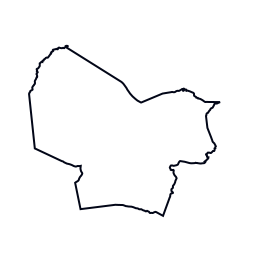 Silca, Olancho, Honduras, rotated 78°
{"feature_id": "27666195B60662999354453", "entity_name": "Silca", "entity_type": "district", "adm_level": 2, "iso_a3": "HND", "parent_name": "Honduras", "parent_adm1": "Olancho", "projection": "robinson", "projection_center": [-86.53, 14.775], "detail": "fine", "context": "isolated", "style": "outline", "palette": "ink", "viewbox_px": 256, "rotation_deg": 78, "n_neighbors": 0, "source": "geoboundaries", "source_scale": "gbopen_adm2", "svg_char_len": 5477}
<svg xmlns="http://www.w3.org/2000/svg" viewBox="0 0 256 256"><g transform="rotate(78 128 128)"><path d="M221.2,112.0L204.7,101.7L204.0,101.1L202.2,100.5L201.7,100.3L201.4,99.9L201.0,99.3L201.0,98.8L201.0,97.8L200.9,97.6L200.6,97.5L200.0,97.7L198.6,98.6L197.9,98.5L197.1,98.3L196.8,98.1L196.5,97.5L195.8,96.5L195.1,96.3L194.3,96.2L193.9,96.0L193.6,95.7L192.9,94.7L192.4,94.3L190.9,93.2L189.5,92.6L188.6,91.9L188.1,91.5L187.2,90.9L185.8,91.2L184.2,92.1L183.5,92.4L182.2,92.7L181.5,92.8L180.7,92.7L180.3,92.6L179.2,92.1L178.7,92.2L178.4,92.4L178.3,93.5L178.1,94.5L177.9,94.8L177.6,94.7L177.2,94.8L176.7,95.1L176.2,95.2L175.6,95.3L175.3,95.3L174.6,94.8L173.7,94.0L173.6,93.6L173.7,93.2L173.8,92.6L174.4,91.4L174.5,90.9L174.5,88.5L174.3,87.4L174.2,87.0L174.0,86.7L172.6,85.7L171.8,85.0L171.3,84.3L171.2,84.0L171.2,83.8L172.8,79.6L173.3,78.6L174.9,75.5L175.3,74.6L175.6,73.6L175.8,72.7L176.1,70.8L176.2,70.0L176.1,69.0L176.4,68.7L176.5,68.1L176.6,67.6L177.0,66.9L177.2,66.1L177.5,65.5L177.7,64.8L177.9,64.1L178.0,62.3L178.2,61.2L178.2,60.9L178.1,60.5L177.7,59.8L177.0,59.1L176.8,59.1L176.8,59.8L176.7,59.9L176.2,58.9L175.1,56.8L174.8,56.4L174.6,56.2L174.4,56.2L174.2,56.3L174.1,56.2L173.9,55.9L173.9,55.6L173.6,55.5L173.6,55.8L172.8,56.1L172.8,56.5L172.5,56.7L172.3,56.7L172.0,56.6L171.6,56.5L171.2,56.7L170.3,57.2L170.1,57.1L169.9,57.0L169.8,56.9L170.0,56.5L169.9,56.2L169.7,56.0L168.8,55.3L168.7,55.1L168.7,54.9L168.7,54.7L168.9,54.3L169.0,53.6L169.3,53.0L169.6,52.5L169.7,52.1L169.4,51.6L169.2,51.1L168.2,49.7L168.3,49.1L168.4,48.6L168.3,48.4L168.1,48.2L167.8,48.0L167.2,47.8L166.5,47.6L166.1,47.6L166.0,46.8L165.0,46.7L164.7,46.5L164.2,45.9L163.7,46.0L163.1,46.1L162.7,46.3L161.1,46.7L159.3,47.9L158.7,48.1L157.3,48.2L155.5,48.5L154.6,48.6L144.4,50.3L132.4,49.2L132.2,49.0L132.0,48.8L131.8,48.7L130.7,48.4L130.2,47.9L129.7,47.1L129.8,46.8L129.8,46.7L129.6,46.4L129.3,46.1L128.8,45.7L128.4,45.3L127.9,44.7L127.4,43.9L126.4,43.2L126.2,42.9L126.0,42.4L125.8,41.4L125.6,40.9L124.1,39.6L123.3,39.0L122.5,38.5L122.3,38.2L122.2,38.0L122.2,37.8L122.5,36.2L122.5,35.7L122.3,34.9L122.1,34.3L122.0,33.3L121.8,32.6L118.7,46.4L118.7,46.8L118.6,47.1L118.1,47.7L117.2,48.5L116.4,49.2L114.8,51.0L114.2,52.0L113.7,53.3L113.3,53.3L113.1,53.4L112.8,54.3L112.5,54.9L112.3,54.9L112.0,54.9L111.8,55.0L110.8,56.1L110.5,56.4L110.2,56.6L109.8,56.6L109.1,56.5L108.3,56.3L107.6,56.5L107.1,56.9L106.3,58.1L105.0,59.9L103.8,62.0L103.7,62.6L103.8,63.2L103.7,63.3L102.8,63.1L102.6,63.1L102.1,64.4L101.7,64.6L101.5,64.8L102.3,65.1L102.8,65.4L103.1,65.9L103.1,66.1L103.1,66.3L102.9,66.4L102.3,66.2L101.2,66.4L101.1,66.8L101.2,67.1L101.8,68.6L102.2,70.0L102.3,70.5L102.0,71.5L101.9,72.1L102.0,73.1L102.5,74.3L102.6,74.9L102.6,75.4L102.5,75.9L101.9,77.4L101.9,78.6L101.5,87.0L105.8,109.7L105.7,110.1L103.8,112.3L103.1,113.1L101.0,114.8L98.0,117.0L94.6,118.9L93.3,119.4L90.3,120.7L88.8,121.1L87.6,121.6L84.0,123.2L83.0,123.8L81.6,124.8L36.2,171.7L35.7,170.2L35.4,169.9L35.2,170.0L34.9,170.7L34.8,171.3L34.9,171.9L35.5,171.9L35.7,172.0L35.8,172.1L36.0,172.4L36.1,173.3L36.6,173.8L36.6,174.0L36.3,174.5L36.1,174.9L36.2,175.6L36.1,176.5L35.5,178.0L35.1,178.5L35.0,179.0L35.1,179.3L35.2,179.6L35.7,179.9L36.3,180.3L36.3,180.8L35.8,181.3L35.7,181.6L35.7,181.8L35.9,182.0L35.9,182.6L35.8,183.4L35.9,184.9L35.9,185.1L36.0,185.2L37.0,185.1L37.3,185.5L37.5,186.7L37.6,186.9L37.8,187.1L38.1,187.0L38.3,187.1L38.5,187.3L38.5,187.6L38.6,187.8L38.8,187.8L39.2,187.8L39.4,187.9L39.5,188.1L39.7,188.7L40.3,189.2L41.0,190.0L42.4,191.6L42.5,191.9L42.3,192.7L42.2,193.1L42.3,193.5L42.4,193.9L43.1,194.7L43.2,195.3L43.5,195.9L44.3,196.4L44.5,196.6L44.5,196.9L44.4,197.4L45.1,197.8L45.6,198.0L45.2,198.6L45.5,199.3L46.2,200.3L46.3,200.7L46.4,200.9L46.7,201.0L47.5,201.1L48.8,201.4L49.4,201.7L49.7,202.1L50.2,202.7L50.7,203.1L50.9,203.4L51.0,203.6L51.2,204.7L51.5,205.1L51.9,205.1L52.5,205.0L52.8,205.0L53.0,205.0L53.3,205.3L53.6,205.4L53.8,205.3L54.3,204.9L54.6,204.7L54.8,204.8L55.2,205.3L55.5,205.7L55.6,206.0L56.5,206.3L57.2,206.0L57.7,206.0L58.1,206.1L58.6,206.1L58.8,206.4L59.2,206.4L59.4,206.4L59.6,206.6L59.7,207.0L59.9,207.2L60.3,207.4L60.8,207.7L61.3,208.1L62.1,208.9L62.7,209.3L63.2,209.5L64.5,209.6L65.4,209.9L65.6,210.2L66.1,210.9L66.4,211.0L67.3,212.2L68.3,213.1L68.5,213.2L68.9,213.3L70.2,213.3L70.6,213.4L71.1,214.4L71.2,215.2L71.4,215.7L71.8,216.0L72.3,216.2L72.9,217.0L73.8,217.4L73.9,217.6L74.1,217.7L128.6,223.4L146.5,199.8L146.7,199.5L147.0,198.8L147.2,198.6L147.5,198.2L148.1,197.8L148.5,197.3L150.1,195.2L150.9,193.4L151.7,191.9L152.8,190.3L153.9,189.0L154.3,188.3L154.8,187.3L154.9,186.7L154.8,185.9L154.7,185.1L154.8,184.6L155.0,184.1L155.2,182.9L155.2,182.1L157.6,182.9L158.8,183.0L160.5,182.9L162.0,182.4L162.4,182.2L163.0,182.2L163.4,182.4L163.8,182.7L164.7,183.5L165.6,184.7L166.1,185.3L167.5,186.4L168.6,187.0L168.8,187.2L169.3,187.8L169.5,188.3L169.7,188.8L170.2,190.3L170.6,191.1L197.5,191.3L200.5,156.2L200.9,154.8L202.2,149.4L202.5,148.6L203.8,146.6L204.0,146.3L204.3,145.3L204.8,144.1L205.7,140.9L206.6,139.2L207.6,137.7L208.0,137.2L208.5,135.8L208.7,135.2L209.1,134.7L209.6,134.2L209.8,133.9L210.0,133.2L210.2,132.0L210.3,131.8L210.5,131.6L211.7,130.2L211.9,129.9L212.1,129.4L212.4,128.9L212.6,128.6L213.0,128.3L213.2,128.0L213.3,127.6L213.0,126.6L214.3,124.9L214.5,124.8L215.3,124.5L215.5,124.3L215.7,124.1L215.8,123.7L215.8,123.0L216.2,121.8L216.3,121.4L216.2,121.1L215.9,120.0L215.8,119.2L215.7,118.8L216.0,118.1L216.2,117.8L221.2,112.0Z" fill="none" stroke="#020617" stroke-width="2"/></g></svg>